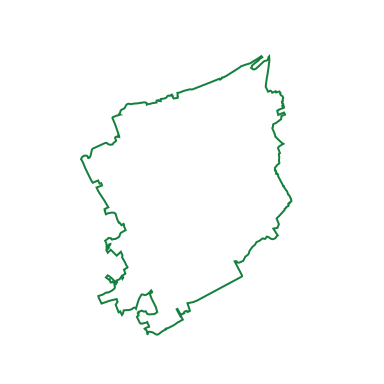 Kota Yogyakarta, Yogyakarta, Indonesia (Mercator projection), rotated 61°
{"feature_id": "22746128B9761158776103", "entity_name": "Kota Yogyakarta", "entity_type": "district", "adm_level": 2, "iso_a3": "IDN", "parent_name": "Indonesia", "parent_adm1": "Yogyakarta", "projection": "mercator", "projection_center": [110.376, -7.803], "detail": "fine", "context": "isolated", "style": "outline", "palette": "green", "viewbox_px": 384, "rotation_deg": 61, "n_neighbors": 0, "source": "geoboundaries", "source_scale": "gbopen_adm2", "svg_char_len": 6026}
<svg xmlns="http://www.w3.org/2000/svg" viewBox="0 0 384 384"><g transform="rotate(61 192 192)"><path d="M271.7,138.1L263.5,138.6L264.7,134.6L262.3,131.6L256.1,130.8L255.3,127.6L252.6,119.7L251.7,119.2L251.6,117.9L251.4,117.9L251.1,117.4L250.9,116.5L251.0,114.7L250.7,114.5L250.7,114.1L249.5,113.8L249.5,113.4L249.0,113.3L249.1,112.1L248.5,112.0L248.4,111.3L248.5,110.5L248.2,109.5L245.9,108.7L244.8,108.8L243.2,108.5L242.8,108.7L241.5,108.7L240.9,108.8L240.8,109.1L237.4,108.5L236.1,108.9L234.3,108.9L233.0,109.2L231.5,108.8L231.1,109.5L229.3,109.2L220.1,109.0L218.0,108.3L217.5,108.7L217.1,109.6L216.2,109.4L216.2,108.9L216.0,108.7L215.6,108.6L215.3,108.7L214.6,108.4L213.7,108.4L213.7,108.9L213.1,108.9L211.1,107.8L209.5,103.8L209.5,102.7L208.9,101.4L207.3,101.1L203.7,98.7L201.6,98.0L200.7,97.5L200.6,96.2L195.2,95.5L194.6,94.4L194.3,92.9L194.2,88.7L192.5,89.7L185.8,91.8L185.2,91.7L184.2,92.3L181.3,91.5L175.0,90.8L174.3,89.6L172.9,88.8L172.1,88.0L172.4,85.3L171.5,78.8L170.1,77.8L169.9,77.4L168.9,77.0L169.4,73.1L167.1,73.0L166.4,78.5L166.4,79.2L162.3,78.1L162.3,76.7L162.0,76.5L162.9,70.9L162.5,70.5L162.2,70.9L162.0,71.4L160.6,71.3L161.0,70.2L158.9,69.5L158.6,69.6L158.7,70.1L158.3,70.2L156.4,69.4L156.5,68.5L154.6,67.5L154.4,66.9L153.7,66.6L152.2,66.4L150.4,67.3L149.4,67.4L148.6,67.2L148.4,66.6L146.5,66.8L145.7,70.2L144.4,70.0L144.1,73.7L142.5,73.7L141.4,74.3L141.3,74.6L141.2,76.8L135.6,76.5L128.4,71.2L126.3,69.4L120.6,65.0L114.4,60.5L110.8,58.8L111.1,59.7L113.1,61.6L113.2,63.2L112.6,65.2L112.7,66.2L115.1,75.9L115.1,77.4L115.0,78.0L114.5,78.9L113.9,79.5L112.8,79.5L112.1,80.1L111.9,79.6L110.5,78.0L109.8,74.8L109.2,70.0L108.7,69.8L108.2,65.2L106.8,65.5L107.3,70.5L107.4,75.5L107.7,78.0L107.3,80.5L106.6,83.4L105.8,88.4L106.1,89.5L106.3,91.7L107.1,105.9L107.0,108.5L106.5,110.2L106.9,110.3L107.4,112.7L107.3,113.0L106.3,112.9L102.5,141.8L102.2,142.6L101.7,143.1L101.1,144.3L99.5,150.5L99.0,154.7L98.2,156.7L101.3,157.9L101.2,158.2L102.4,158.6L102.7,159.0L101.3,162.7L98.8,162.9L98.7,162.3L97.0,162.4L97.1,164.5L96.8,165.4L96.2,166.0L96.2,166.9L97.0,168.8L97.0,170.3L95.5,174.3L97.4,175.3L96.2,177.0L95.4,176.8L94.9,178.7L96.6,179.7L95.3,182.8L94.7,185.4L93.8,188.0L93.7,189.2L91.9,188.6L90.8,189.8L90.0,191.2L89.7,192.5L88.8,194.3L88.3,196.2L86.7,199.5L85.6,202.7L85.1,203.5L84.6,203.8L83.9,205.1L83.8,206.6L84.3,207.8L85.5,209.5L86.1,210.9L85.9,212.8L86.1,214.8L88.1,216.8L88.3,217.8L88.7,217.9L89.0,217.7L88.9,217.9L89.4,218.0L88.6,221.4L88.2,225.2L88.7,225.7L95.9,226.5L104.9,228.1L106.8,228.5L106.6,229.0L107.0,229.1L107.6,228.6L108.6,229.0L108.2,229.4L107.9,230.2L107.4,230.5L106.9,231.4L106.9,232.2L107.2,232.8L107.6,233.2L110.1,233.4L110.5,233.7L110.8,234.9L110.9,236.6L111.7,237.9L111.8,238.7L111.0,240.7L109.5,242.2L108.1,242.6L107.6,242.9L107.0,244.5L106.0,257.4L106.2,258.5L106.6,259.2L111.0,263.0L112.0,264.4L112.3,265.2L112.1,266.2L111.7,266.4L110.8,266.0L109.5,266.3L108.7,267.2L108.1,268.3L108.0,269.8L108.1,271.0L108.8,272.3L109.7,273.2L110.6,273.0L112.9,273.0L119.1,273.8L133.0,274.5L135.8,274.3L136.4,268.6L139.9,268.8L140.3,267.1L142.7,267.5L141.8,273.3L145.8,273.6L146.1,273.5L147.7,273.5L156.9,272.8L164.8,272.6L164.6,276.8L166.1,277.0L166.1,277.4L169.8,278.1L169.9,277.8L169.7,276.5L171.1,272.1L172.3,270.3L172.8,269.9L173.9,269.7L174.1,269.4L179.3,270.6L182.6,270.9L183.5,270.8L183.5,270.5L184.0,270.6L184.5,270.3L184.6,270.0L186.9,269.8L186.7,267.3L187.5,267.3L189.0,268.1L193.2,268.5L193.2,274.1L193.5,274.7L195.7,277.2L195.9,277.8L196.0,278.9L195.9,282.0L195.2,283.2L194.9,285.0L194.5,285.3L193.2,285.3L191.7,287.3L192.2,288.7L192.5,291.6L195.4,291.8L197.1,292.5L199.1,293.6L198.8,292.3L198.0,290.8L197.7,289.9L197.9,288.6L198.2,288.8L198.7,289.5L199.5,291.9L200.5,291.7L201.4,295.1L204.3,295.1L203.1,291.1L211.2,288.7L209.8,283.2L213.7,283.5L214.1,283.7L215.1,284.8L220.8,284.7L224.3,285.0L226.5,284.8L226.8,285.4L226.9,289.1L231.1,289.9L231.4,293.8L233.5,293.6L234.3,295.0L231.8,294.9L233.2,297.6L232.8,301.0L234.8,301.3L234.8,302.4L235.1,302.4L235.5,303.0L232.1,303.1L228.5,304.0L225.8,305.1L224.0,306.2L225.0,308.7L228.4,307.2L228.4,306.3L228.7,306.3L229.3,306.8L231.7,307.0L232.0,305.2L232.4,305.3L232.7,303.8L237.9,305.6L238.8,306.5L239.4,309.3L239.4,312.8L239.2,314.4L238.6,314.8L238.3,317.1L238.5,319.5L237.6,324.4L239.1,324.8L245.7,325.2L247.2,316.6L249.1,309.8L252.0,310.4L253.6,313.4L261.7,314.5L261.6,312.7L265.6,312.9L264.9,311.4L262.4,309.1L264.8,304.1L265.3,301.2L265.0,299.8L265.1,298.7L265.8,297.5L266.8,297.5L261.8,292.4L259.6,289.9L257.2,285.9L257.4,285.2L259.3,283.2L259.7,281.8L259.7,280.5L259.3,278.1L258.3,275.4L259.6,275.3L260.4,275.5L260.4,276.7L261.0,278.3L265.2,279.0L275.1,279.4L280.1,280.6L280.5,282.4L280.4,284.5L279.9,285.3L278.5,288.5L277.1,290.2L273.9,290.3L273.3,292.0L272.7,292.6L271.4,293.4L271.3,294.6L270.9,296.7L271.5,296.9L271.4,297.4L272.1,297.6L271.9,298.2L274.1,298.6L274.4,300.7L279.2,301.0L281.6,301.0L282.5,300.3L283.0,299.3L284.0,295.5L284.1,294.2L286.3,294.6L287.6,294.5L289.1,294.9L288.6,297.0L288.6,299.7L289.8,299.5L290.2,299.1L291.1,298.8L294.7,299.9L294.8,299.7L294.4,299.1L293.1,298.3L293.7,296.8L295.4,294.7L299.6,292.1L300.2,290.5L299.4,285.3L299.4,282.6L299.6,281.3L298.8,281.2L299.0,280.3L299.1,280.2L299.5,277.8L299.7,272.4L299.1,267.3L299.3,265.8L299.1,264.7L299.2,261.9L295.7,262.0L295.6,262.4L287.2,262.3L287.2,261.4L292.9,261.4L294.3,261.1L294.3,260.4L293.9,260.1L293.8,259.6L294.2,258.6L294.2,257.5L293.5,257.4L293.1,256.7L293.1,255.7L293.5,254.2L294.7,254.2L295.0,252.7L295.0,252.2L294.8,252.2L294.8,251.4L287.1,249.9L288.9,244.3L289.4,240.1L290.1,189.8L289.9,189.0L289.2,188.7L273.3,188.3L273.4,187.9L274.1,186.7L275.7,186.4L276.2,185.9L276.6,185.2L277.1,180.7L274.4,176.7L274.2,174.9L273.8,172.8L272.9,171.7L271.6,170.5L269.4,166.1L268.6,162.4L267.1,159.9L267.4,156.4L266.8,153.2L267.3,152.0L268.0,151.6L268.4,150.8L268.3,150.0L267.3,148.4L267.3,148.1L268.4,147.0L270.3,146.1L271.8,145.1L272.3,144.5L272.6,143.6L272.8,142.3L272.6,140.9L271.7,139.3L271.7,138.1Z" fill="none" stroke="#15803d" stroke-width="2"/></g></svg>